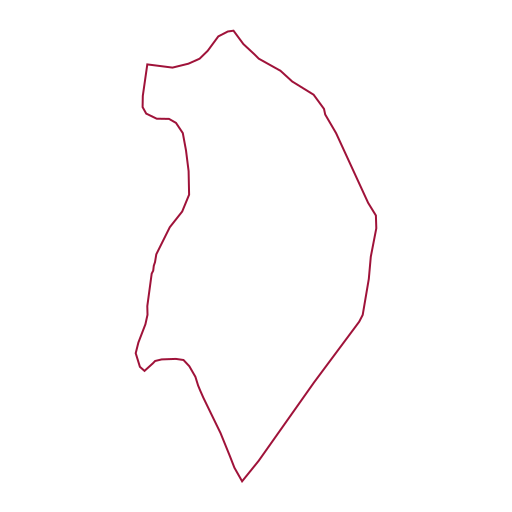 outline of Cantel, Quezaltenango, Guatemala
{"feature_id": "79465075B39486283603330", "entity_name": "Cantel", "entity_type": "district", "adm_level": 2, "iso_a3": "GTM", "parent_name": "Guatemala", "parent_adm1": "Quezaltenango", "projection": "equal_earth", "projection_center": [-91.451, 14.814], "detail": "fine", "context": "isolated", "style": "outline", "palette": "rose", "viewbox_px": 512, "rotation_deg": 0, "n_neighbors": 0, "source": "geoboundaries", "source_scale": "gbopen_adm2", "svg_char_len": 904}
<svg xmlns="http://www.w3.org/2000/svg" viewBox="0 0 512 512"><path d="M135.7,353.2L139.9,366.8L144.5,370.9L153.0,363.2L155.1,361.0L161.7,359.4L175.9,358.9L183.5,360.0L189.3,366.2L195.4,376.8L198.1,385.5L200.3,390.8L203.3,397.6L211.2,413.9L220.5,433.0L230.0,456.4L234.4,467.7L242.1,481.3L258.6,460.9L314.1,382.3L359.2,321.7L362.7,314.9L368.8,279.0L370.8,256.7L376.3,228.3L375.9,215.5L368.1,202.8L336.1,133.2L325.2,114.5L324.0,108.9L313.6,94.7L292.2,81.5L280.5,70.8L258.8,58.7L254.4,54.3L243.4,44.1L233.5,30.7L227.8,31.5L218.3,36.4L207.7,50.8L199.6,58.7L188.4,63.7L172.5,67.6L147.3,64.4L142.8,95.9L142.6,107.1L146.2,113.6L156.7,118.7L169.0,118.9L176.0,122.9L182.8,133.1L186.0,150.4L188.6,171.1L189.1,194.7L182.2,211.5L169.8,227.2L156.3,254.3L155.0,262.2L153.8,265.7L153.2,270.7L151.7,273.6L147.3,306.1L147.5,314.8L145.4,324.3L138.4,342.5L135.7,353.2Z" fill="none" stroke="#9f1239" stroke-width="2"/></svg>